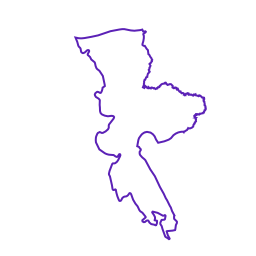 the district of Don Mot Daeng, Ubon Ratchathani, Thailand, rotated 193°
{"feature_id": "78962969B4168813310505", "entity_name": "Don Mot Daeng", "entity_type": "district", "adm_level": 2, "iso_a3": "THA", "parent_name": "Thailand", "parent_adm1": "Ubon Ratchathani", "projection": "orthographic", "projection_center": [104.981, 15.398], "detail": "fine", "context": "isolated", "style": "outline", "palette": "violet", "viewbox_px": 256, "rotation_deg": 193, "n_neighbors": 0, "source": "geoboundaries", "source_scale": "gbopen_adm2", "svg_char_len": 5754}
<svg xmlns="http://www.w3.org/2000/svg" viewBox="0 0 256 256"><g transform="rotate(193 128 128)"><path d="M156.7,109.0L156.0,106.8L151.1,100.7L144.9,98.2L143.1,97.8L140.7,97.7L135.9,98.4L133.8,97.5L132.5,97.3L131.9,97.5L131.6,98.0L130.7,100.4L130.1,100.7L129.6,100.4L129.3,99.7L129.4,98.6L130.3,94.8L131.1,92.7L132.5,90.9L133.2,90.5L134.8,90.1L135.3,89.3L136.3,82.0L136.3,79.1L136.0,78.3L134.7,76.8L130.8,68.7L129.3,65.0L128.7,64.4L128.2,64.3L127.4,64.6L126.7,65.3L126.0,65.1L124.7,62.2L123.0,59.1L120.8,55.9L120.0,55.1L119.4,55.1L118.7,55.5L118.2,56.7L117.8,58.4L116.8,59.8L115.7,60.5L114.5,60.9L113.9,61.3L113.0,62.3L111.9,64.8L111.5,65.0L110.7,64.8L110.0,64.1L106.9,59.3L103.8,56.0L101.0,53.8L98.5,50.6L97.3,49.6L94.9,48.7L90.9,45.5L90.7,45.0L91.2,44.1L93.2,41.5L93.2,40.9L92.8,40.2L91.4,39.8L90.4,40.2L89.4,41.5L88.6,42.2L87.7,42.4L87.1,42.1L85.9,40.7L83.7,39.6L80.8,39.7L79.3,39.4L78.7,39.7L78.4,41.8L78.8,44.0L79.1,44.2L80.8,44.0L81.3,44.2L81.3,46.1L81.7,47.3L83.2,49.1L85.4,51.1L85.4,51.7L85.1,52.1L80.0,52.0L74.3,50.4L73.3,50.7L72.5,51.4L72.1,51.3L71.8,51.1L71.6,50.6L71.5,47.5L71.9,46.9L73.8,46.2L74.4,46.1L74.6,45.9L75.2,43.1L74.9,41.7L73.1,40.0L71.7,37.4L67.3,30.6L66.6,30.2L64.6,29.6L63.1,28.9L62.7,29.1L62.6,29.7L65.1,32.5L67.1,36.0L66.8,36.3L61.6,38.0L59.2,39.1L59.1,39.8L59.5,44.2L59.0,46.4L59.2,47.6L59.7,48.1L62.5,49.8L62.8,50.4L63.3,52.6L63.0,53.1L66.4,57.0L68.4,60.2L69.7,61.5L73.7,66.4L75.4,68.1L78.4,72.0L83.6,77.7L91.0,87.1L97.0,92.7L103.9,100.6L105.2,101.4L107.6,102.6L110.1,104.4L110.8,105.4L111.3,107.3L110.6,109.4L110.8,110.2L111.7,110.7L113.0,112.0L114.9,112.3L115.2,118.5L115.0,120.6L113.6,124.0L112.8,125.4L111.3,127.0L110.4,127.7L109.8,127.8L109.4,128.2L108.5,128.5L105.0,128.6L102.3,127.5L100.1,125.8L98.1,123.1L95.3,120.4L89.6,123.2L85.7,125.8L83.8,127.8L82.1,131.2L80.2,133.3L78.0,135.0L76.2,135.9L74.7,136.5L73.4,136.8L72.9,136.5L72.9,137.0L72.6,137.2L72.1,137.2L71.4,138.1L70.0,139.4L69.4,141.4L68.8,141.1L68.2,141.5L67.4,141.6L65.8,142.7L65.1,143.8L64.8,144.0L64.9,145.9L64.6,146.3L64.5,147.1L64.0,147.4L64.2,148.4L63.8,148.8L63.7,149.4L63.3,149.6L63.2,149.8L63.6,150.7L63.6,151.5L63.8,152.0L64.1,152.1L64.0,152.4L64.3,153.1L64.6,153.1L64.2,153.4L64.9,153.6L65.2,154.0L65.8,154.2L66.2,154.6L66.1,154.9L65.5,155.8L64.0,156.1L63.6,156.7L63.9,156.8L65.0,156.6L64.9,156.9L62.6,157.3L61.8,157.0L61.2,157.6L61.1,158.2L60.3,158.3L59.1,159.0L58.5,159.1L58.4,159.7L58.0,160.0L57.6,160.0L57.5,160.4L57.7,160.6L57.7,161.1L57.2,161.9L57.4,162.4L56.9,162.7L56.9,163.2L56.7,163.2L56.5,163.4L56.5,163.9L56.6,164.5L57.0,164.9L57.0,165.6L57.4,165.9L57.3,166.3L57.6,166.9L58.3,167.5L58.4,167.8L58.6,167.7L58.7,168.0L58.9,169.4L59.6,170.5L59.6,170.8L60.1,170.9L60.4,171.3L60.3,171.7L60.6,172.0L60.6,172.4L60.8,172.8L60.6,172.9L60.8,173.2L60.6,173.5L60.9,173.7L60.8,174.1L60.5,174.1L60.7,174.6L61.4,174.6L61.5,174.3L62.1,174.6L62.8,174.4L64.6,175.7L65.8,175.9L66.2,175.7L66.2,175.3L66.1,175.0L66.4,174.8L67.6,175.1L68.7,175.1L69.1,175.3L69.4,175.2L69.8,176.0L70.1,175.7L70.3,175.2L71.1,175.6L71.6,175.4L71.9,174.2L72.9,174.4L73.7,174.8L74.3,174.8L74.9,174.3L75.5,174.5L76.4,174.0L76.7,174.2L76.8,175.3L77.7,175.4L78.0,175.3L78.4,174.7L79.2,174.4L79.3,172.9L79.8,172.9L80.3,172.6L80.5,172.8L80.4,173.2L81.1,173.1L81.1,173.9L81.8,174.4L82.8,174.4L83.5,173.9L84.1,174.2L85.0,175.4L85.6,174.9L86.1,175.1L87.3,176.1L88.3,177.5L88.8,177.3L88.6,176.7L88.9,176.4L89.4,176.8L89.7,178.0L90.0,178.1L91.0,178.1L91.5,177.4L92.4,177.0L92.7,177.1L92.8,177.5L93.2,177.3L93.8,177.5L94.0,179.2L96.1,180.4L97.6,180.0L97.9,179.5L99.1,178.9L99.4,179.3L100.2,179.3L100.4,179.6L100.7,179.6L101.3,180.6L101.9,180.6L102.6,179.9L102.7,179.4L104.5,178.7L105.3,178.0L105.4,177.7L105.9,177.1L105.9,176.6L106.6,176.1L106.5,175.3L106.8,174.8L107.9,174.6L108.1,174.3L108.2,173.2L108.3,173.1L109.0,173.2L109.3,172.6L109.8,172.2L110.3,172.5L110.9,172.4L111.6,172.9L111.8,172.8L112.0,172.4L113.5,172.8L114.3,172.7L114.6,171.7L115.5,171.9L116.1,171.8L116.8,172.2L116.7,171.4L117.4,171.2L118.5,171.6L118.8,172.0L119.1,171.6L119.3,171.6L119.9,172.4L120.8,172.9L121.3,171.7L121.3,170.7L122.6,171.0L122.2,173.6L122.5,174.8L122.4,175.5L122.8,176.9L122.7,178.7L122.1,178.9L121.7,181.5L120.7,182.1L120.9,183.2L120.8,185.6L120.2,186.3L119.5,187.7L119.6,188.0L120.3,188.2L120.9,189.4L120.4,190.3L120.4,190.8L120.7,191.3L120.5,192.2L120.2,192.6L120.1,193.8L121.5,195.2L121.2,195.8L120.3,196.7L120.2,197.5L119.7,198.2L120.1,198.8L119.7,199.8L120.7,200.8L120.8,201.2L122.3,202.4L123.7,204.1L124.7,204.5L126.1,208.3L127.7,209.4L130.1,211.8L130.7,211.6L131.6,211.7L132.6,212.2L132.8,213.0L132.6,216.1L132.8,219.1L133.3,221.4L134.1,222.5L134.2,223.1L132.4,225.2L132.3,225.8L132.8,226.1L134.2,225.6L135.0,225.5L136.2,227.1L138.2,226.1L143.7,224.2L147.3,223.7L153.9,223.5L155.7,223.1L158.6,222.0L166.8,218.4L178.0,211.5L184.2,208.6L190.5,205.9L193.4,204.9L196.0,204.4L199.5,204.3L196.8,200.5L195.0,197.1L194.2,196.2L192.7,195.3L192.1,194.7L190.9,191.9L190.5,191.4L189.2,190.8L188.2,191.0L187.0,192.0L185.3,194.5L184.4,195.0L183.6,194.9L183.2,194.4L183.1,193.7L183.8,191.4L183.8,190.5L183.6,190.1L181.0,188.7L179.2,186.5L175.4,184.6L174.8,183.9L173.5,181.1L172.2,179.2L171.3,178.5L168.7,177.3L164.2,173.0L160.3,164.6L160.0,163.6L161.8,161.6L161.7,159.8L161.8,158.3L162.1,156.9L162.4,156.2L163.0,155.9L165.0,156.4L165.8,156.4L166.3,156.2L167.6,154.6L167.9,153.3L167.5,152.3L166.2,151.0L163.5,150.1L162.3,149.4L161.7,148.7L160.8,144.1L160.0,141.7L159.1,138.3L158.2,136.6L157.2,135.8L156.2,135.3L153.4,134.8L150.2,134.9L147.0,136.1L145.5,136.3L144.6,136.1L144.0,135.5L144.1,134.0L147.3,127.1L147.3,126.0L146.8,123.9L147.2,122.2L149.1,119.6L151.4,117.6L152.4,117.3L154.6,117.7L156.2,116.4L156.6,115.5L157.1,112.7L157.1,111.3L156.7,109.0Z" fill="none" stroke="#5b21b6" stroke-width="2"/></g></svg>